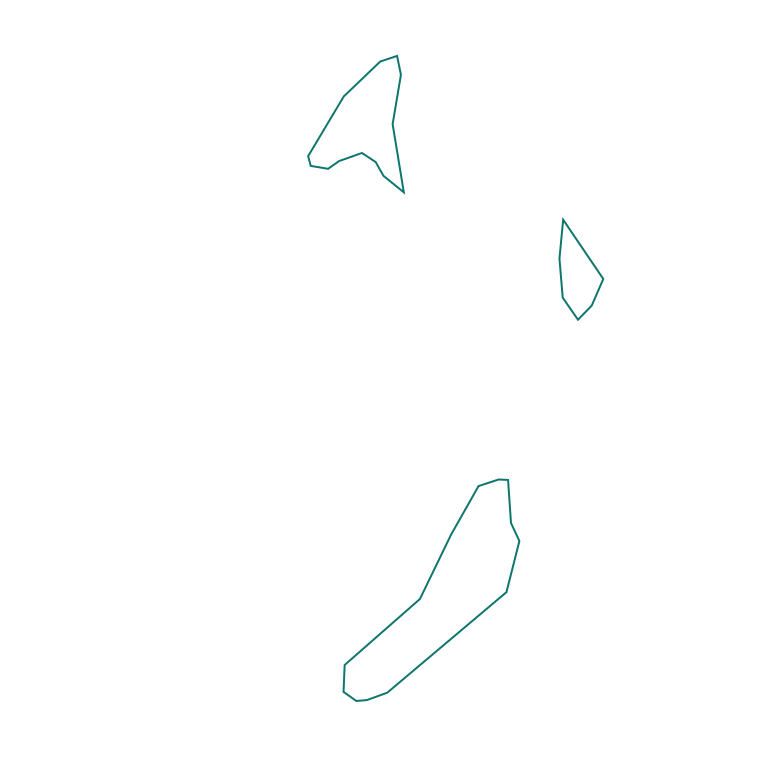 outline of Comoros, rotated 226°
{"feature_id": "COM", "entity_name": "Comoros", "entity_type": "country or territory", "adm_level": 0, "iso_a3": "COM", "parent_name": "Africa", "parent_adm1": "", "projection": "equal_earth", "projection_center": [43.859, -11.868], "detail": "fine", "context": "isolated", "style": "outline", "palette": "teal", "viewbox_px": 768, "rotation_deg": 226, "n_neighbors": 0, "source": "natural_earth", "source_scale": "50m", "svg_char_len": 588}
<svg xmlns="http://www.w3.org/2000/svg" viewBox="0 0 768 768"><g transform="rotate(226 384 384)"><path d="M235.7,400.1L228.8,406.6L195.8,378.8L177.0,372.3L149.2,327.5L159.7,171.9L168.6,152.0L175.2,143.9L190.6,141.0L209.2,160.5L204.4,260.5L229.1,327.8L244.9,381.1L235.7,400.1ZM600.6,487.7L618.8,554.8L618.6,605.3L610.9,621.3L594.7,611.0L564.9,570.7L508.1,531.4L534.1,528.2L549.4,532.2L565.5,528.6L575.6,506.5L577.6,493.3L591.8,482.8L600.6,487.7ZM352.3,597.3L377.7,627.0L307.2,614.7L296.1,587.9L295.5,568.2L321.9,572.5L352.3,597.3Z" fill="none" stroke="#0f766e" stroke-width="2"/></g></svg>